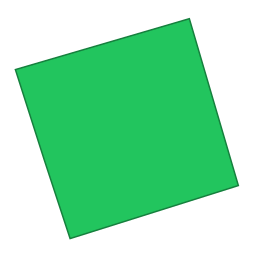 Irion, Texas, United States of America, rotated 73°
{"feature_id": "52423323B54674882577965", "entity_name": "Irion", "entity_type": "district", "adm_level": 2, "iso_a3": "USA", "parent_name": "United States of America", "parent_adm1": "Texas", "projection": "equal_earth", "projection_center": [-101.026, 31.304], "detail": "fine", "context": "isolated", "style": "filled", "palette": "green", "viewbox_px": 256, "rotation_deg": 73, "n_neighbors": 0, "source": "geoboundaries", "source_scale": "gbopen_adm2", "svg_char_len": 236}
<svg xmlns="http://www.w3.org/2000/svg" viewBox="0 0 256 256"><g transform="rotate(73 128 128)"><path d="M41.4,37.4L39.2,218.6L133.9,217.4L216.8,215.7L215.3,39.3L41.4,37.4Z" fill="#22c55e" stroke="#15803d" stroke-width="1.5"/></g></svg>